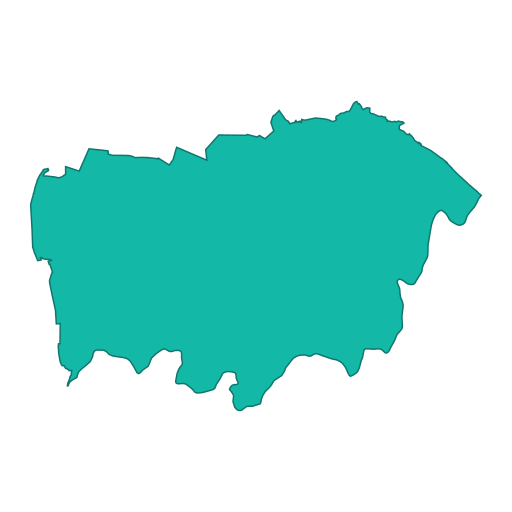 outline of Huanímaro, Guanajuato, Mexico
{"feature_id": "50627088B31138177943412", "entity_name": "Huanímaro", "entity_type": "district", "adm_level": 2, "iso_a3": "MEX", "parent_name": "Mexico", "parent_adm1": "Guanajuato", "projection": "mercator", "projection_center": [-101.493, 20.365], "detail": "fine", "context": "isolated", "style": "filled", "palette": "teal", "viewbox_px": 512, "rotation_deg": 0, "n_neighbors": 0, "source": "geoboundaries", "source_scale": "gbopen_adm2", "svg_char_len": 6009}
<svg xmlns="http://www.w3.org/2000/svg" viewBox="0 0 512 512"><path d="M481.3,195.4L480.6,194.7L477.7,192.4L477.2,191.5L474.3,189.2L468.7,184.4L466.8,182.5L457.9,174.5L451.7,168.3L451.7,168.2L451.9,168.1L446.2,162.3L446.6,162.2L441.7,158.2L441.3,158.2L432.3,151.6L430.8,150.6L428.7,149.4L420.6,145.3L421.2,144.2L419.8,143.4L419.8,142.9L419.0,142.4L418.8,143.5L414.5,140.3L413.4,138.2L411.3,135.5L410.5,135.4L409.5,133.8L408.3,134.7L408.0,134.4L406.4,134.3L403.8,131.4L399.2,129.3L399.5,125.5L404.0,123.1L403.1,122.1L402.6,122.1L402.1,121.7L401.2,121.8L398.5,121.1L397.7,121.3L396.6,121.8L395.9,121.9L395.3,121.7L395.0,121.4L394.6,121.3L392.8,121.9L391.2,121.8L389.6,121.1L388.1,121.3L387.0,121.2L387.5,120.3L385.6,118.6L385.5,117.2L383.0,116.8L381.4,116.1L380.3,116.4L378.7,116.3L372.7,113.6L370.8,113.6L370.3,112.7L369.6,112.1L369.9,108.2L368.4,107.9L366.9,107.8L365.0,108.5L363.5,109.7L361.6,108.0L361.7,107.0L359.4,103.8L358.5,104.2L356.8,101.5L355.6,101.9L354.3,102.8L353.4,103.9L350.2,110.1L349.5,110.8L348.8,111.3L347.6,111.7L347.0,111.4L346.7,111.4L345.1,112.3L343.4,113.1L341.4,113.2L340.5,113.5L338.2,115.3L337.1,115.7L336.2,116.3L336.0,117.1L335.8,118.2L336.6,119.2L336.6,119.5L335.2,120.7L333.0,121.6L332.7,121.6L328.4,119.8L326.6,119.3L321.6,118.6L315.4,118.0L305.0,120.2L303.7,120.0L301.8,119.4L301.6,120.0L301.8,120.8L301.6,121.6L301.3,122.3L300.6,123.1L301.1,121.3L300.6,121.2L299.8,121.5L299.6,121.3L298.7,122.1L298.3,122.0L298.0,121.6L296.8,122.3L296.0,122.4L295.8,122.0L296.1,120.9L295.9,120.5L295.2,121.2L294.7,122.5L289.7,123.7L289.2,122.6L288.9,122.6L288.6,121.8L288.3,121.3L287.6,120.8L285.9,120.0L285.5,119.6L279.1,110.5L277.4,112.4L275.6,114.1L275.1,115.1L273.6,115.5L272.9,116.3L270.9,122.2L273.1,129.1L273.9,130.9L265.0,138.8L259.5,135.5L257.1,137.0L247.1,134.5L246.4,135.3L218.8,135.0L205.7,149.6L206.8,160.2L176.7,147.3L175.8,149.9L173.2,159.4L169.3,165.0L158.3,158.1L157.9,159.0L156.1,158.5L146.9,157.5L141.2,157.4L134.9,157.6L132.8,156.5L129.4,155.6L124.2,155.4L112.1,155.3L107.9,153.9L108.3,152.1L107.9,150.8L89.0,148.8L79.2,171.1L65.6,166.6L65.6,174.4L63.7,175.5L62.3,176.7L60.2,177.4L57.9,177.8L56.0,177.2L54.1,176.9L46.4,176.0L44.0,176.1L43.4,175.4L43.7,174.4L44.0,174.2L44.9,172.6L48.2,170.9L47.9,169.9L48.5,169.7L47.9,168.5L46.0,169.1L45.1,169.1L43.3,169.7L43.0,170.4L42.9,170.8L42.5,171.6L41.9,172.1L40.8,173.9L40.6,174.6L39.7,175.0L39.3,176.2L38.5,177.8L38.2,178.2L37.7,179.5L37.3,180.1L37.2,180.4L37.3,180.7L36.8,182.2L35.4,186.4L34.7,188.8L34.6,189.9L33.9,192.5L33.3,193.9L33.4,194.6L31.9,199.6L30.7,204.4L30.8,207.5L32.0,228.5L32.7,247.0L34.3,252.3L37.8,260.7L41.2,259.9L40.4,257.9L40.5,257.9L40.4,257.6L41.6,257.5L42.2,257.7L42.5,258.5L45.2,259.2L50.4,259.6L51.3,260.2L48.2,261.4L49.2,264.4L49.9,264.4L52.6,272.5L51.9,273.0L51.6,273.7L49.7,279.8L49.5,281.0L49.6,282.2L50.0,284.7L52.9,298.5L54.2,304.3L55.5,310.5L56.3,323.9L60.2,323.6L60.0,343.7L58.5,343.8L58.2,347.0L58.5,348.8L58.7,353.1L59.8,359.8L60.2,361.8L61.6,365.0L62.0,365.5L62.6,365.7L64.1,365.7L65.6,368.4L67.4,369.0L68.7,370.0L69.1,370.7L71.7,370.4L71.2,374.7L69.9,377.1L69.6,379.0L67.7,383.5L67.4,385.9L67.8,386.0L68.4,385.0L69.4,382.4L72.6,379.8L76.8,377.5L77.7,374.3L78.7,371.9L81.6,368.9L86.2,365.2L90.2,361.6L92.5,357.0L93.2,353.4L94.6,350.9L96.7,350.0L103.9,350.2L106.7,351.9L109.1,354.4L112.9,356.0L123.5,357.6L127.5,358.8L130.1,361.0L133.0,365.4L137.1,372.8L138.8,373.6L140.5,372.5L142.7,370.1L148.0,366.3L149.3,363.8L150.5,360.5L151.7,357.9L156.2,353.6L161.7,349.8L163.8,348.9L165.5,349.2L168.8,351.1L170.5,351.6L172.6,351.3L174.9,350.5L177.2,350.4L179.3,350.5L181.0,351.5L181.6,353.2L181.6,358.1L182.4,362.9L182.2,364.5L179.8,367.5L178.6,369.6L177.2,373.2L175.8,380.5L175.7,381.8L176.0,382.8L176.5,383.2L177.3,383.6L178.3,383.8L183.0,383.5L185.5,383.9L190.2,387.3L192.9,389.7L195.1,392.4L197.2,393.0L200.1,392.8L203.2,392.4L213.3,389.5L214.8,388.3L216.5,384.0L218.7,380.9L219.9,379.0L222.8,373.4L224.5,372.3L227.3,371.5L230.4,371.7L233.9,372.2L235.5,373.3L236.0,374.7L236.3,378.4L237.1,380.5L238.1,382.2L237.9,383.7L237.3,384.3L236.0,384.6L233.6,384.7L231.7,385.6L230.2,387.6L229.5,389.4L231.5,391.9L233.3,394.7L233.6,396.0L233.0,401.7L234.8,407.3L236.7,409.5L238.9,410.5L241.3,410.4L246.4,406.6L248.6,406.3L252.3,406.3L260.2,403.8L260.9,401.9L261.4,399.2L262.6,395.9L265.2,391.6L269.2,387.7L271.3,385.1L274.2,380.4L281.8,375.5L284.4,371.3L285.6,368.0L291.4,360.5L293.3,358.2L295.7,356.8L298.3,355.6L301.4,355.1L305.1,355.0L309.1,356.2L310.7,356.1L313.2,354.6L315.1,353.8L316.4,353.7L317.7,353.9L322.4,355.7L331.8,358.9L336.3,359.8L337.4,360.2L340.1,361.6L342.4,363.3L345.5,367.4L347.9,372.8L349.1,375.1L350.4,376.3L351.8,375.7L353.8,374.7L355.9,373.2L357.3,371.9L358.1,370.7L359.3,367.8L361.2,360.7L362.5,357.6L363.8,350.8L364.1,350.0L364.5,349.5L365.2,349.1L366.2,348.7L373.6,349.2L378.0,348.8L379.7,348.9L380.6,349.1L381.7,349.6L382.7,350.4L385.2,352.8L385.7,353.0L386.4,353.0L386.8,352.8L387.6,352.4L388.3,351.9L389.6,350.0L390.9,347.1L393.5,342.5L395.0,339.5L396.7,335.2L397.2,334.3L399.5,331.8L401.5,329.3L402.0,328.3L402.3,327.2L402.4,325.6L402.1,321.1L401.9,316.4L402.9,307.9L403.1,306.2L403.1,305.1L402.9,303.8L402.5,302.2L402.0,300.7L400.7,297.8L400.5,296.8L400.0,293.6L399.7,289.1L399.1,287.2L397.3,282.9L397.2,281.6L397.5,280.7L398.5,279.4L399.7,279.2L400.3,279.3L401.1,279.6L403.2,280.6L406.9,283.4L407.6,283.7L409.5,284.4L412.0,284.5L413.0,284.4L413.7,284.1L414.8,283.2L418.5,277.0L421.2,272.9L421.6,271.8L422.0,270.5L422.2,268.4L423.2,265.1L426.9,258.2L427.6,256.3L427.9,253.2L428.0,245.6L428.2,244.0L431.1,226.8L431.7,224.1L433.1,219.7L435.2,215.2L436.7,213.3L438.7,211.4L440.0,210.6L441.1,210.3L441.5,210.4L442.6,210.9L443.8,211.8L445.7,213.4L447.1,215.3L448.0,216.7L449.3,219.3L449.8,220.0L450.7,220.8L452.6,222.2L456.7,224.5L458.5,225.1L459.7,225.2L460.3,225.1L462.7,224.3L464.0,223.4L465.0,222.1L465.7,220.4L466.7,217.0L467.7,215.0L470.4,211.6L473.5,208.0L475.1,205.8L476.7,202.9L478.4,199.3L479.0,198.2L481.3,195.4Z" fill="#14b8a6" stroke="#0f766e" stroke-width="1.5"/></svg>